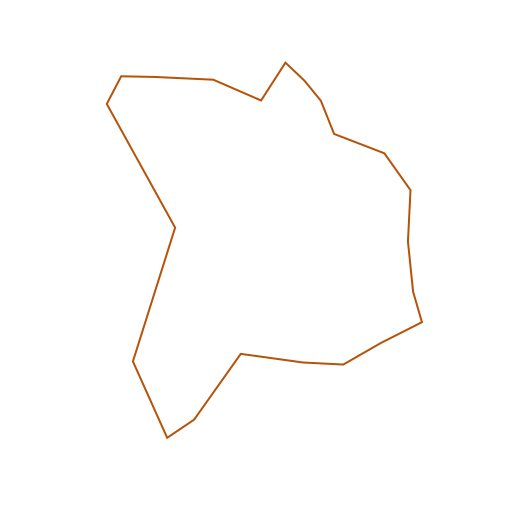 an SVG outline of Daugavpils, rotated 281°
{"feature_id": "LVA-4850", "entity_name": "Daugavpils", "entity_type": "Republican City", "adm_level": 1, "iso_a3": "LVA", "parent_name": "Latvia", "parent_adm1": "", "projection": "natural_earth1", "projection_center": [26.555, 55.894], "detail": "fine", "context": "isolated", "style": "outline", "palette": "amber", "viewbox_px": 512, "rotation_deg": 281, "n_neighbors": 0, "source": "natural_earth", "source_scale": "10m", "svg_char_len": 437}
<svg xmlns="http://www.w3.org/2000/svg" viewBox="0 0 512 512"><g transform="rotate(281 256 256)"><path d="M376.8,80.5L406.7,89.4L412.4,122.2L420.9,180.4L409.6,231.3L451.4,248.0L437.3,270.2L420.7,290.1L390.7,309.4L381.3,362.4L350.1,395.1L299.2,402.4L251.0,417.0L222.7,431.5L194.4,395.1L166.1,362.4L160.4,322.3L157.0,259.7L83.6,226.5L60.6,203.5L129.0,155.3L268.4,171.2L376.8,80.5Z" fill="none" stroke="#b45309" stroke-width="2"/></g></svg>